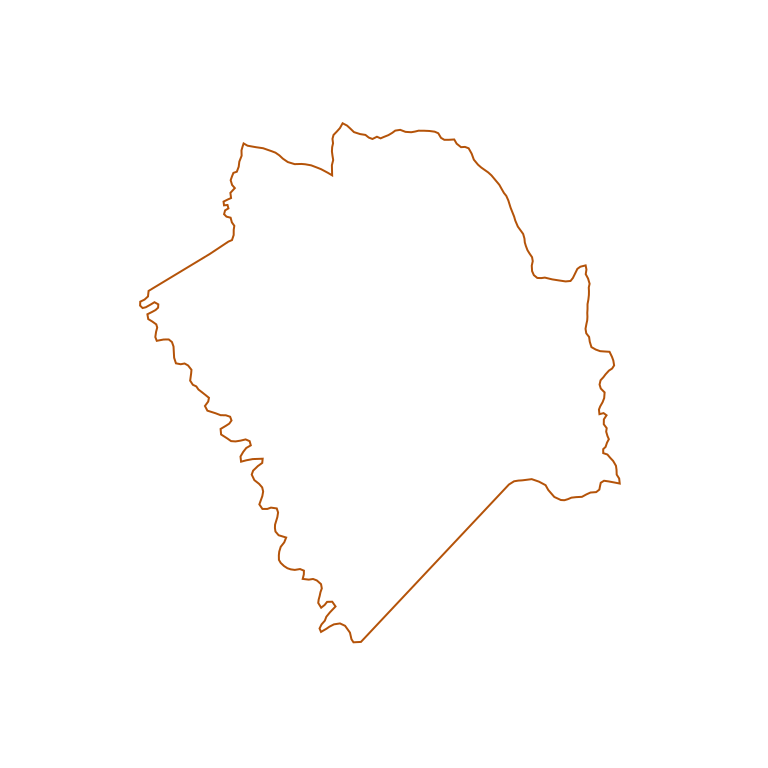 outline of Denise, Mato Grosso, Brazil, rotated 115°
{"feature_id": "56859067B19812076642254", "entity_name": "Denise", "entity_type": "district", "adm_level": 2, "iso_a3": "BRA", "parent_name": "Brazil", "parent_adm1": "Mato Grosso", "projection": "orthographic", "projection_center": [-56.967, -14.723], "detail": "fine", "context": "isolated", "style": "outline", "palette": "amber", "viewbox_px": 768, "rotation_deg": 115, "n_neighbors": 0, "source": "geoboundaries", "source_scale": "gbopen_adm2", "svg_char_len": 4246}
<svg xmlns="http://www.w3.org/2000/svg" viewBox="0 0 768 768"><g transform="rotate(115 384 384)"><path d="M627.5,295.9L422.3,228.3L417.2,225.0L414.7,221.3L412.9,218.0L407.8,209.9L407.0,202.3L407.4,194.8L410.6,190.4L414.4,181.9L414.4,174.7L413.1,171.4L410.7,168.7L407.8,166.1L405.3,162.0L402.6,156.9L398.5,153.9L395.1,151.0L392.3,146.0L388.7,144.2L385.1,145.1L381.9,145.8L378.7,143.7L377.4,139.4L375.8,133.2L374.6,128.3L370.3,130.9L367.8,134.8L363.5,137.0L360.1,139.2L356.9,143.8L355.3,147.8L353.5,151.7L354.0,156.1L350.4,157.8L347.4,156.6L342.9,157.1L339.0,156.9L336.7,159.5L333.3,162.5L329.9,163.5L327.6,167.8L323.1,169.8L318.3,169.1L317.6,172.7L320.3,176.0L316.3,178.4L313.0,178.6L308.1,178.2L303.7,178.5L298.4,180.5L296.5,185.6L293.4,188.4L289.1,189.3L285.0,188.0L281.6,187.3L276.8,185.8L273.6,183.8L269.9,183.3L265.8,186.1L263.1,188.8L259.5,193.2L261.3,197.8L262.9,202.0L263.3,206.7L262.9,211.6L258.7,215.4L254.7,218.0L252.6,222.1L248.8,224.7L243.7,226.0L240.5,226.7L237.2,228.0L233.7,229.8L229.9,231.3L225.6,233.3L221.3,234.4L216.8,235.9L213.2,237.5L210.0,239.2L206.3,240.0L202.2,243.6L199.2,247.6L194.7,248.9L191.3,251.4L194.7,255.6L197.9,257.4L208.1,257.6L211.8,258.5L214.3,262.8L216.4,269.9L218.1,275.8L219.6,283.2L221.6,286.3L223.1,289.9L222.0,294.2L219.1,297.5L214.3,300.1L209.8,301.1L206.5,303.4L204.2,307.3L202.1,310.5L198.9,313.8L196.2,316.2L192.8,318.2L189.2,321.3L187.3,324.7L184.8,329.2L180.4,334.1L177.3,336.8L170.7,343.8L165.1,348.9L161.8,352.7L160.2,356.0L157.8,359.4L154.7,363.7L152.6,368.2L149.5,374.8L148.2,379.0L146.7,387.4L145.5,391.5L142.7,397.4L138.2,401.9L134.6,406.9L134.9,410.8L136.8,414.3L135.5,419.7L132.7,423.7L135.2,428.3L137.2,432.6L136.8,436.4L133.8,440.8L133.9,444.7L135.5,449.8L137.4,454.4L139.8,459.7L142.2,462.7L144.3,465.7L146.4,471.1L146.8,476.7L149.6,480.9L152.8,482.6L156.6,485.2L160.2,488.6L162.8,490.9L162.9,494.9L166.8,498.0L167.1,501.9L166.1,506.1L167.6,511.3L168.4,517.7L166.8,522.3L165.4,526.7L165.2,531.7L170.7,532.1L175.3,533.5L179.6,535.0L183.6,534.3L187.4,531.9L191.2,531.1L195.2,529.5L198.5,527.4L202.5,524.7L207.7,523.7L216.8,519.2L216.3,524.3L215.9,531.8L216.1,535.4L216.6,542.4L218.2,548.4L219.5,551.9L222.5,557.9L223.5,565.0L222.5,570.9L221.0,575.5L220.2,580.1L220.5,584.3L220.9,588.1L221.4,593.2L223.4,599.8L224.4,603.5L225.7,608.4L225.3,612.9L228.7,612.5L232.5,611.9L237.3,609.5L243.6,609.1L248.5,607.5L253.8,607.1L256.3,609.7L260.2,609.5L264.1,609.1L267.8,605.8L269.5,602.0L275.7,604.0L280.1,601.2L282.6,603.4L286.5,606.5L289.7,604.5L287.9,601.5L290.6,599.2L293.8,601.4L297.7,600.7L298.9,597.5L298.1,593.3L301.8,590.2L303.9,586.5L307.7,585.4L312.5,583.2L317.8,582.6L320.7,585.2L339.7,596.8L399.1,636.7L404.4,634.9L408.7,636.7L412.4,639.7L416.0,638.2L417.2,634.9L415.1,632.3L410.2,628.8L406.9,626.6L407.2,622.2L410.3,621.0L413.5,622.3L416.5,624.5L420.8,627.9L424.8,625.1L425.3,620.5L426.2,615.6L428.7,613.4L433.1,612.6L438.1,611.1L440.9,608.2L436.8,602.5L434.6,597.9L435.6,593.9L439.0,590.6L448.9,585.3L453.2,581.3L452.0,576.6L449.7,573.4L450.0,569.4L452.5,564.5L455.8,563.3L462.9,561.1L465.5,556.9L465.5,553.1L467.4,549.9L468.7,544.2L470.5,536.8L474.2,535.9L479.6,537.0L482.8,532.8L481.7,524.3L481.3,518.8L479.2,514.2L478.7,509.6L481.5,506.8L485.3,507.5L488.5,509.5L493.8,513.1L498.6,510.3L499.6,502.9L500.4,498.5L498.8,494.3L495.9,490.0L492.7,486.0L492.6,481.6L495.9,478.8L500.2,481.8L505.0,482.9L510.4,483.4L514.8,480.7L511.3,476.5L507.5,471.2L503.0,462.4L507.0,461.0L511.6,463.6L517.8,466.0L522.0,465.6L525.9,460.9L527.3,455.0L529.2,450.7L532.5,448.1L537.0,446.9L545.8,446.1L548.6,441.4L546.5,436.9L543.8,434.2L542.1,428.6L545.2,425.7L549.7,424.4L557.5,423.3L560.6,422.0L563.6,420.0L565.6,415.6L564.5,407.8L569.7,407.5L575.2,408.8L580.2,408.1L583.7,406.9L587.8,404.9L589.8,402.0L591.2,397.8L591.8,393.7L591.4,390.2L590.2,386.3L587.2,381.9L587.0,377.7L590.4,376.2L595.0,375.3L593.1,369.5L590.7,365.9L590.4,361.9L592.0,356.5L595.5,354.0L599.5,353.6L603.4,352.7L607.0,352.1L610.2,351.1L613.3,346.4L609.3,344.4L605.5,343.5L603.2,338.9L606.1,333.9L613.8,336.5L619.3,337.9L623.5,337.6L628.3,339.0L632.8,339.1L635.3,336.3L630.1,332.7L627.0,330.9L623.0,327.8L619.6,322.7L619.6,317.1L623.7,309.8L629.1,305.6L631.0,302.5L627.5,295.9Z" fill="none" stroke="#b45309" stroke-width="2"/></g></svg>